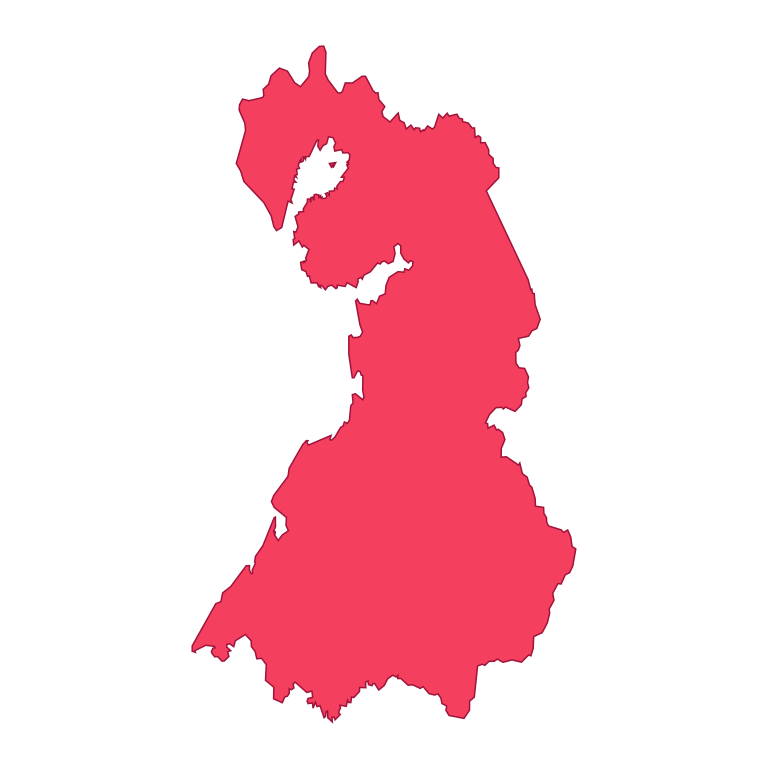 Buenaventura, Valle del Cauca, Colombia (Equal Earth projection)
{"feature_id": "7082276B82326475607220", "entity_name": "Buenaventura", "entity_type": "district", "adm_level": 2, "iso_a3": "COL", "parent_name": "Colombia", "parent_adm1": "Valle del Cauca", "projection": "equal_earth", "projection_center": [-77.114, 3.671], "detail": "fine", "context": "isolated", "style": "filled", "palette": "rose", "viewbox_px": 768, "rotation_deg": 0, "n_neighbors": 0, "source": "geoboundaries", "source_scale": "gbopen_adm2", "svg_char_len": 6103}
<svg xmlns="http://www.w3.org/2000/svg" viewBox="0 0 768 768"><path d="M533.2,648.3L533.7,636.6L542.2,632.6L547.4,622.7L549.7,613.0L549.2,609.0L554.0,600.3L552.7,593.4L557.9,583.6L561.1,584.0L565.3,574.7L569.6,572.7L572.8,565.9L575.8,548.9L572.1,546.5L570.7,536.9L567.7,530.0L563.4,532.4L561.3,529.9L548.6,526.0L546.7,522.4L546.5,517.7L543.9,513.4L543.6,507.4L535.5,506.2L535.1,498.2L531.8,487.2L529.5,485.0L527.1,477.1L522.4,473.7L519.8,463.0L518.5,465.1L506.5,456.8L501.2,457.1L501.3,448.4L504.9,439.6L502.6,432.6L498.4,429.3L496.5,430.0L494.1,425.1L488.0,428.2L487.6,423.7L485.4,422.9L489.4,414.6L495.9,407.7L501.6,407.3L503.4,409.0L505.4,407.0L515.0,411.4L521.3,404.8L522.1,398.8L526.1,396.4L525.7,392.8L528.8,387.8L527.5,382.4L528.5,376.9L524.6,368.4L519.0,367.8L516.0,363.2L515.7,352.5L518.3,350.2L519.9,345.6L518.4,338.4L528.5,336.2L532.0,330.7L536.8,328.5L540.2,319.3L535.1,304.6L534.2,293.6L532.5,293.3L531.8,289.1L530.7,289.7L528.2,279.8L486.3,190.9L498.8,177.8L498.8,167.9L496.0,167.5L493.3,163.5L493.1,158.3L488.7,154.4L488.7,149.8L485.1,142.6L480.6,142.8L480.7,137.4L478.2,135.7L475.2,137.5L474.5,127.9L472.2,128.1L468.2,123.0L462.5,121.5L462.5,119.0L459.2,118.2L456.9,114.2L449.1,116.1L447.2,113.2L442.8,118.0L438.8,114.3L434.5,127.3L432.3,129.0L427.7,125.9L424.0,130.8L423.1,129.8L420.6,131.8L419.5,128.2L415.5,127.8L414.2,129.7L410.9,125.1L406.3,129.0L404.1,122.7L399.8,120.4L398.2,113.0L390.0,122.0L383.2,116.7L381.8,111.7L384.8,106.6L378.9,99.6L378.0,92.7L375.8,93.2L373.0,90.6L365.5,76.3L362.1,76.3L352.4,83.0L345.3,82.9L342.6,91.0L340.8,93.0L337.8,92.8L328.0,79.8L325.3,73.9L325.9,52.1L323.7,46.1L319.3,46.4L312.3,53.0L308.6,63.1L309.6,70.9L308.8,76.6L300.5,86.7L294.7,82.8L287.4,71.1L279.4,68.1L271.1,75.8L268.6,84.3L263.2,89.3L263.8,95.4L262.7,97.5L249.0,100.7L242.5,99.1L239.6,104.6L239.1,109.9L244.9,123.3L245.5,130.7L236.3,163.5L240.6,170.9L243.9,181.5L263.9,202.6L271.2,215.9L273.8,226.5L276.5,230.6L281.7,227.5L288.1,201.0L292.1,203.0L290.9,199.4L294.2,189.2L292.0,188.8L293.5,182.2L296.0,182.2L293.7,179.8L294.7,176.2L296.4,177.3L295.3,175.2L297.2,174.6L296.6,169.1L299.4,168.4L298.3,165.5L299.7,161.2L301.0,159.4L300.9,162.1L302.9,161.4L304.0,158.7L303.0,157.2L304.7,156.9L305.6,159.0L305.9,156.7L309.2,156.5L316.9,140.3L318.4,140.0L317.8,146.1L320.1,150.3L322.9,145.7L326.6,143.7L328.5,136.7L333.1,137.7L335.6,143.1L333.9,146.7L334.7,151.1L341.7,149.6L342.9,153.0L348.0,152.7L349.9,154.9L349.2,159.8L347.3,161.9L349.2,162.9L347.1,162.7L348.4,164.5L346.8,164.8L348.2,168.2L341.3,177.2L344.4,177.2L343.0,181.3L340.3,181.7L336.9,186.2L337.0,188.9L334.7,188.1L334.1,190.9L329.3,191.2L329.1,195.2L327.5,192.8L325.4,193.6L326.9,196.1L325.8,198.2L322.1,198.6L322.1,197.1L320.5,197.7L320.6,195.7L318.8,197.2L318.9,195.0L315.8,194.3L314.1,194.9L313.9,200.5L312.6,197.1L310.9,197.6L310.7,202.6L310.1,199.0L307.4,199.1L307.3,202.4L303.2,209.0L303.7,211.6L298.7,212.0L298.8,214.0L295.1,216.4L298.0,226.9L295.9,232.1L293.7,231.5L294.7,238.5L293.2,239.5L293.7,245.1L298.9,240.9L302.3,247.1L303.8,245.4L309.0,249.4L305.6,258.2L306.5,260.3L304.1,262.5L304.2,261.1L300.6,262.4L301.7,269.7L306.0,271.6L307.5,276.4L309.3,275.8L311.1,282.9L317.1,282.9L318.6,286.5L320.7,287.6L319.9,285.3L322.0,285.7L325.4,289.8L327.8,286.4L331.7,285.1L335.9,288.6L337.3,287.7L337.2,285.2L345.2,286.4L347.0,282.6L356.2,287.6L358.2,281.6L357.7,279.1L361.0,277.4L362.3,279.2L363.8,275.2L370.4,271.8L377.4,263.1L380.3,264.0L382.0,261.6L384.8,261.2L388.2,263.7L393.1,261.4L395.1,253.5L393.9,246.8L397.9,243.5L400.7,245.7L400.8,253.2L403.8,258.9L408.4,262.9L410.5,260.7L413.0,261.7L412.5,266.0L408.9,270.2L404.8,268.8L404.1,272.2L397.9,271.7L389.2,277.3L386.0,285.3L385.2,293.8L379.6,296.2L376.5,303.7L372.5,300.6L371.0,300.7L370.1,304.7L368.0,304.8L359.7,303.3L357.3,299.2L355.6,301.0L359.9,324.7L362.6,332.1L360.3,336.3L357.1,337.5L352.8,337.5L351.3,334.9L348.8,336.3L348.8,354.1L352.3,377.8L354.0,377.8L357.6,370.9L360.2,371.6L361.2,375.1L362.9,375.8L362.7,390.1L363.9,396.8L362.8,399.8L355.4,393.7L352.3,394.7L353.1,402.9L350.8,405.7L349.4,420.2L347.4,423.3L344.4,422.0L343.1,426.0L340.6,427.4L334.9,437.2L331.5,440.2L329.8,439.7L331.1,435.4L308.4,445.1L306.8,442.2L307.9,440.7L306.3,440.6L302.7,444.6L289.2,468.2L288.0,476.3L273.8,495.4L271.4,501.6L274.2,507.4L286.4,517.4L286.0,525.4L288.4,530.7L282.3,535.0L278.1,540.5L274.5,534.8L275.1,534.1L275.2,530.9L274.7,533.7L273.5,531.7L275.5,526.7L275.4,517.1L274.1,517.9L263.0,545.5L255.5,556.3L254.6,562.0L255.5,563.3L252.3,569.9L252.5,573.3L251.3,573.8L249.4,570.1L249.5,565.6L246.1,565.9L230.8,586.5L222.7,592.8L220.9,601.6L215.8,603.7L192.2,645.9L192.2,651.2L195.4,652.3L194.8,650.7L205.7,645.3L214.3,646.3L215.1,647.8L213.0,648.1L211.4,651.6L212.0,653.4L214.8,656.9L217.7,656.6L222.0,661.2L224.3,660.9L228.9,656.5L227.6,651.6L230.7,650.7L226.7,646.9L226.8,644.5L229.7,643.8L233.7,646.7L235.3,640.8L245.4,634.5L251.2,640.9L251.4,646.5L255.2,651.7L256.8,658.8L261.7,658.4L266.3,664.7L265.5,680.3L273.8,687.2L273.6,698.8L282.3,702.7L284.7,697.0L287.4,696.2L289.3,693.2L289.1,688.7L291.3,689.8L293.9,688.0L293.2,684.0L295.2,682.2L306.9,692.5L311.9,691.1L312.7,697.3L308.0,698.5L307.1,701.3L308.1,703.6L312.4,703.0L313.1,708.2L315.4,702.2L317.1,706.7L320.0,705.7L324.1,717.7L325.5,716.5L326.0,711.8L327.5,711.0L327.8,717.8L332.3,721.9L332.0,717.3L334.1,717.2L335.1,719.8L340.2,714.5L338.5,712.3L340.5,708.0L339.8,705.2L346.3,706.3L347.5,700.3L348.7,702.5L350.8,702.6L351.7,696.9L353.9,697.5L359.5,691.5L359.6,687.5L365.8,687.7L365.6,682.2L368.0,681.0L368.5,684.6L371.9,685.7L373.1,683.5L374.8,683.8L378.8,690.0L384.3,685.4L387.6,678.9L392.7,675.2L396.1,677.0L398.0,675.3L397.7,678.5L401.0,678.6L408.1,685.2L412.7,684.8L420.2,688.4L423.1,686.6L429.1,693.7L434.6,695.0L438.0,693.9L440.8,697.9L442.0,703.6L446.7,706.0L445.9,710.4L449.1,715.5L464.0,718.4L469.5,710.2L469.6,701.2L474.3,697.1L477.6,665.9L482.5,664.2L484.8,665.4L488.9,661.4L494.4,661.2L497.3,659.1L503.1,662.3L512.0,659.9L521.5,662.2L528.6,655.0L530.9,655.8L533.2,648.3ZM335.7,162.6L329.4,163.5L331.4,167.2L333.2,164.2L333.0,167.7L335.7,162.6Z" fill="#f43f5e" stroke="#9f1239" stroke-width="1.5"/></svg>